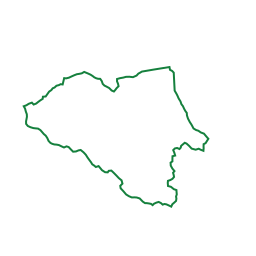 Coração de Maria, Bahia, Brazil, rotated 317°
{"feature_id": "56859067B97509655153591", "entity_name": "Coração de Maria", "entity_type": "district", "adm_level": 2, "iso_a3": "BRA", "parent_name": "Brazil", "parent_adm1": "Bahia", "projection": "natural_earth1", "projection_center": [-38.789, -12.217], "detail": "fine", "context": "isolated", "style": "outline", "palette": "green", "viewbox_px": 256, "rotation_deg": 317, "n_neighbors": 0, "source": "geoboundaries", "source_scale": "gbopen_adm2", "svg_char_len": 2497}
<svg xmlns="http://www.w3.org/2000/svg" viewBox="0 0 256 256"><g transform="rotate(317 128 128)"><path d="M179.4,190.7L179.5,187.8L179.7,183.9L178.2,180.9L177.6,178.0L176.4,175.9L175.6,173.0L176.3,170.5L176.8,168.5L177.2,166.0L178.3,162.0L179.7,159.0L181.3,157.0L181.5,154.9L182.1,152.4L183.1,149.4L183.3,147.0L184.5,144.4L185.2,140.9L186.2,138.1L186.8,136.0L187.6,132.5L199.2,118.7L199.2,116.3L198.4,114.1L199.9,111.7L186.8,102.9L176.6,96.2L174.6,95.8L172.7,95.3L170.0,95.5L166.3,94.2L163.9,91.4L161.4,89.2L158.9,87.9L156.3,86.2L153.4,84.7L151.8,86.4L150.9,88.8L149.6,91.0L146.8,91.1L144.6,91.5L142.6,91.7L141.6,89.4L141.5,86.0L140.5,83.0L139.7,80.9L139.6,78.5L140.8,75.8L141.2,73.1L139.6,71.5L138.6,69.8L137.9,67.9L137.6,65.9L137.0,63.5L135.9,60.8L134.2,57.1L131.5,56.5L129.2,55.1L127.3,53.8L124.8,52.8L121.9,51.8L119.1,50.9L116.6,49.5L115.3,48.0L109.9,51.6L108.6,50.0L106.7,49.5L104.5,48.3L101.9,48.3L100.0,47.6L97.8,48.0L95.1,47.6L89.3,48.8L87.1,47.1L85.5,48.5L82.8,48.0L80.2,47.7L77.5,47.5L75.0,46.5L75.0,43.9L71.9,42.6L69.2,42.1L66.6,41.0L65.9,43.7L64.5,46.3L63.4,48.9L61.7,50.9L59.8,52.3L58.0,53.6L56.3,55.5L56.1,58.2L57.2,60.9L58.7,63.5L60.3,65.4L61.8,67.1L62.5,69.8L62.4,72.8L62.3,75.0L62.6,77.5L62.1,80.4L61.1,83.2L61.1,86.0L61.8,87.9L62.9,89.8L64.4,91.4L65.8,93.3L66.9,96.2L67.9,98.6L70.5,99.5L71.6,101.5L71.6,104.4L71.7,107.9L74.0,109.7L76.5,110.6L78.4,111.8L78.9,115.5L78.9,118.8L78.3,121.9L77.9,125.0L77.6,127.8L77.1,130.2L77.6,132.2L77.9,134.6L80.5,135.8L80.4,138.1L80.2,141.1L81.1,144.7L82.9,146.6L84.7,146.2L86.8,147.8L87.0,151.2L87.1,155.0L87.1,158.4L87.6,161.9L86.0,164.9L82.9,165.0L81.5,167.1L81.5,171.3L81.3,175.3L82.2,178.6L83.4,181.3L85.5,183.2L87.0,184.8L88.5,187.5L88.6,191.9L89.2,194.5L90.6,195.9L91.8,197.4L93.1,199.2L93.4,201.2L95.3,201.1L97.8,201.9L100.0,203.0L100.9,205.4L101.1,207.7L102.8,208.4L104.0,210.0L104.8,211.9L106.0,215.0L108.4,214.0L111.0,214.1L113.4,214.1L115.2,212.7L116.4,210.9L118.4,209.8L119.8,208.0L121.1,206.4L119.8,204.0L119.3,200.3L117.7,197.7L119.7,195.2L121.2,193.9L123.4,194.9L125.8,195.5L128.3,195.2L129.5,193.3L130.4,191.5L132.6,191.2L132.8,187.9L133.6,184.7L135.5,182.4L137.7,182.7L139.5,180.8L141.3,179.0L143.7,180.3L145.1,177.5L146.0,175.0L148.3,174.9L150.3,176.1L151.3,178.5L153.2,178.3L154.7,177.3L156.9,177.4L159.4,177.5L160.2,179.3L160.5,182.7L160.5,186.5L162.7,190.0L165.6,191.4L166.3,193.4L167.6,196.1L169.4,194.5L170.7,193.0L172.3,191.4L174.4,192.0L177.0,191.3L179.4,190.7Z" fill="none" stroke="#15803d" stroke-width="2"/></g></svg>